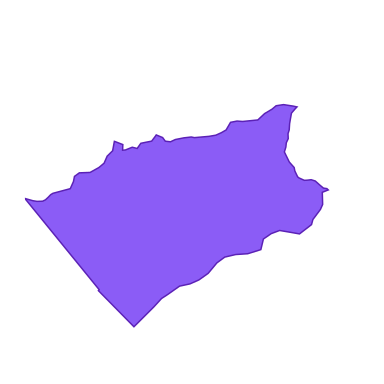 Akrounta, Limassol, Cyprus (Equal Earth projection), rotated 230°
{"feature_id": "46923920B9676059299864", "entity_name": "Akrounta", "entity_type": "district", "adm_level": 2, "iso_a3": "CYP", "parent_name": "Cyprus", "parent_adm1": "Limassol", "projection": "equal_earth", "projection_center": [33.086, 34.766], "detail": "fine", "context": "isolated", "style": "filled", "palette": "violet", "viewbox_px": 384, "rotation_deg": 230, "n_neighbors": 0, "source": "geoboundaries", "source_scale": "gbopen_adm2", "svg_char_len": 1375}
<svg xmlns="http://www.w3.org/2000/svg" viewBox="0 0 384 384"><g transform="rotate(230 192 192)"><path d="M176.6,56.9L126.1,60.9L128.5,88.8L130.0,100.2L129.1,107.6L127.9,121.9L122.9,131.4L120.2,140.8L119.3,152.1L121.7,165.5L121.1,175.2L116.0,185.3L108.9,195.0L103.6,207.7L110.1,216.5L109.2,225.9L106.2,234.4L98.2,241.2L90.8,247.4L90.2,262.6L93.2,266.9L96.1,279.2L98.5,284.1L108.0,291.6L106.0,297.7L107.9,297.5L110.5,295.2L115.6,294.3L121.2,293.5L124.8,291.2L127.1,287.7L128.8,285.5L134.3,282.9L135.8,282.7L142.0,284.3L145.1,286.0L152.4,285.8L163.3,288.5L166.1,292.8L169.1,295.9L171.0,300.0L174.4,302.6L175.0,303.1L177.1,306.4L181.6,310.7L183.9,313.4L188.5,318.9L189.3,323.8L189.7,327.1L192.8,324.7L200.1,318.3L204.0,311.9L204.0,306.6L205.4,298.0L204.9,288.7L213.5,276.1L217.4,272.1L220.6,266.3L217.6,258.0L218.6,252.5L220.2,246.8L223.7,240.8L232.1,228.8L234.6,226.8L238.7,220.6L242.9,213.0L244.3,207.8L248.1,204.2L252.6,204.5L258.1,201.6L258.7,201.3L258.3,199.9L256.9,193.8L260.0,188.2L262.2,184.1L260.6,178.0L264.7,175.0L267.0,168.0L268.6,165.7L272.8,169.5L280.4,165.3L280.7,165.1L274.6,157.7L274.0,150.1L270.6,143.2L270.6,136.4L272.5,126.5L279.1,118.0L279.5,112.0L276.2,107.9L272.8,100.9L280.4,84.6L280.8,82.0L280.4,78.5L280.2,74.7L281.0,71.6L284.5,67.2L287.6,64.5L293.8,60.3L293.1,59.8L176.9,58.1L176.6,56.9Z" fill="#8b5cf6" stroke="#5b21b6" stroke-width="1.5"/></g></svg>